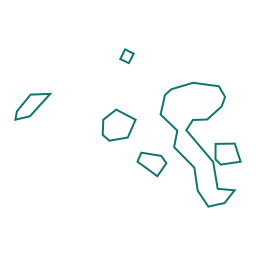 the Province of Galápagos, rotated 180°
{"feature_id": "ECU-1270", "entity_name": "Galápagos", "entity_type": "Province", "adm_level": 1, "iso_a3": "ECU", "parent_name": "Ecuador", "parent_adm1": "", "projection": "robinson", "projection_center": [-90.747, 0.131], "detail": "coarse", "context": "isolated", "style": "outline", "palette": "teal", "viewbox_px": 256, "rotation_deg": 180, "n_neighbors": 0, "source": "natural_earth", "source_scale": "10m", "svg_char_len": 728}
<svg xmlns="http://www.w3.org/2000/svg" viewBox="0 0 256 256"><g transform="rotate(180 128 128)"><path d="M95.4,141.5L91.0,161.0L84.5,166.8L62.9,173.2L37.1,169.7L30.9,159.0L34.3,149.6L48.8,136.5L63.1,136.0L69.7,125.8L42.8,94.0L38.3,67.2L21.4,65.7L31.4,53.0L47.6,49.4L58.3,65.3L61.6,88.3L81.9,108.8L78.7,125.4L95.4,141.5ZM153.3,121.1L152.7,136.3L139.8,146.4L120.4,136.3L128.2,118.5L146.6,115.3L153.3,121.1ZM40.4,112.1L21.2,112.4L15.4,94.3L35.2,91.4L40.5,96.7L40.4,112.1ZM226.1,139.7L240.6,136.3L239.1,144.6L225.4,161.4L205.8,162.1L226.1,139.7ZM118.5,94.3L114.7,103.3L94.8,100.1L89.6,92.9L98.6,79.8L118.5,94.3ZM135.7,196.9L130.9,206.6L122.3,202.3L127.2,192.9L135.7,196.9Z" fill="none" stroke="#0f766e" stroke-width="2"/></g></svg>